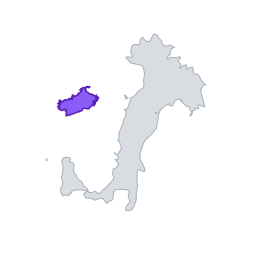 Sardegna, Nuoro, Italy shown in context, rotated 64°
{"feature_id": "23120603B31191283857260", "entity_name": "Sardegna", "entity_type": "district", "adm_level": 2, "iso_a3": "ITA", "parent_name": "Italy", "parent_adm1": "Nuoro", "projection": "mercator", "projection_center": [9.015, 40.086], "detail": "fine", "context": "in_parent", "style": "filled", "palette": "violet", "viewbox_px": 256, "rotation_deg": 64, "n_neighbors": 0, "source": "geoboundaries", "source_scale": "gbopen_adm2", "svg_char_len": 8618}
<svg xmlns="http://www.w3.org/2000/svg" viewBox="0 0 256 256"><g transform="rotate(64 128 128)"><path d="M57.9,60.6L59.3,61.4L64.5,59.6L67.6,60.6L70.2,58.9L71.9,56.3L71.5,54.3L75.7,51.0L76.1,54.7L78.4,57.2L80.7,57.8L80.2,59.3L82.4,62.3L83.3,62.0L83.6,61.5L83.0,58.9L86.1,54.0L86.3,50.5L86.8,50.1L88.4,50.4L89.7,53.6L94.9,52.6L96.6,55.0L97.5,54.6L96.1,50.4L96.7,48.2L98.1,47.8L99.1,48.9L101.1,49.1L101.2,47.9L100.7,47.0L101.4,43.3L104.4,43.7L106.1,45.0L108.2,44.9L110.0,42.0L111.4,41.3L118.1,41.1L123.1,39.3L123.5,39.7L122.6,41.1L122.9,42.0L125.9,46.3L142.5,49.7L142.2,50.7L138.7,53.4L138.4,54.4L138.9,55.3L141.6,56.0L139.8,58.5L139.8,59.4L141.2,59.6L141.0,62.6L142.7,63.6L144.7,66.2L142.7,66.7L143.5,66.0L141.6,63.4L139.5,64.5L136.2,63.4L134.0,65.8L126.4,68.9L127.7,67.5L127.2,67.4L124.4,69.3L123.8,72.9L125.9,76.6L127.6,77.9L126.8,80.0L125.8,80.9L124.5,80.3L124.1,82.2L124.8,87.4L126.0,91.1L129.7,95.1L132.4,96.4L140.8,102.6L143.8,109.4L146.4,117.8L148.6,121.0L153.1,125.5L157.2,128.8L161.1,130.8L171.1,130.7L173.7,131.4L174.0,132.8L173.5,133.8L170.5,136.1L170.3,137.9L171.8,139.2L178.6,142.7L185.6,145.5L190.3,149.2L196.4,152.3L201.1,157.1L202.8,159.6L203.1,161.5L201.9,164.8L201.3,166.2L197.9,164.3L195.2,158.6L189.3,157.6L187.5,156.6L186.5,154.9L184.7,154.7L183.4,155.6L180.1,160.9L178.3,165.5L178.2,167.4L179.2,169.2L182.0,170.2L185.7,173.4L185.8,177.4L186.5,179.7L185.5,180.9L183.6,180.6L181.2,181.4L179.4,182.9L178.7,184.3L178.5,189.2L175.2,191.8L172.3,196.7L168.1,196.8L167.1,195.3L167.1,193.0L167.8,191.6L169.3,190.9L170.4,188.0L170.1,185.9L170.7,185.0L174.1,183.5L174.3,180.6L173.0,179.2L171.9,173.9L167.7,163.4L166.3,162.3L162.7,162.1L158.3,159.3L158.0,158.1L158.8,157.0L158.3,155.4L156.9,152.8L156.0,152.1L150.6,153.3L152.1,151.1L150.2,149.7L146.8,149.7L146.9,148.7L144.5,144.4L142.9,142.6L136.7,141.7L134.7,142.5L131.7,139.7L128.9,138.7L121.9,130.7L118.5,128.3L116.4,124.8L112.0,122.4L110.1,123.0L109.6,122.5L110.6,121.9L110.4,120.5L107.5,117.0L105.8,115.9L104.6,113.6L102.1,113.0L102.2,109.0L101.3,106.0L99.7,103.6L98.7,97.6L98.0,96.0L96.2,94.7L92.2,93.2L86.6,89.4L80.0,87.6L77.3,88.9L70.4,97.2L63.9,99.1L63.7,97.4L66.2,93.6L65.7,92.1L61.7,92.6L56.4,89.1L55.7,86.0L57.1,83.0L58.0,82.3L57.5,80.4L54.3,78.7L53.0,76.1L52.9,75.2L53.7,74.7L55.6,74.8L58.6,73.0L59.5,70.4L55.0,63.9L55.2,62.6L57.9,60.6ZM127.1,96.8L127.3,95.2L126.0,96.2L126.3,96.9L127.1,96.8ZM167.0,191.5L161.9,199.3L160.2,204.5L160.4,206.5L161.9,207.9L161.1,208.4L162.7,210.9L162.7,211.6L160.4,214.3L160.4,216.7L156.1,216.4L152.6,215.0L150.9,212.2L149.6,211.0L148.1,210.1L145.1,210.2L143.7,209.6L135.8,204.1L132.7,202.7L129.1,202.3L127.6,201.1L126.5,198.7L127.9,195.0L130.2,192.9L132.4,195.2L134.2,194.5L134.3,193.7L135.6,192.7L137.3,192.7L143.6,196.1L146.9,195.2L149.9,195.5L152.7,195.1L156.3,193.1L160.4,193.4L165.3,191.1L167.0,191.5ZM91.0,148.5L93.2,154.9L91.1,158.8L91.9,162.9L90.1,176.9L89.1,177.4L83.7,175.7L83.3,178.9L82.5,180.2L81.5,181.0L78.5,180.8L75.6,176.3L75.4,171.8L76.0,170.4L76.0,167.8L77.1,167.6L77.2,165.9L76.6,164.9L75.5,164.6L75.5,162.6L76.3,161.1L76.3,158.4L74.8,154.9L72.7,152.4L73.1,148.0L74.9,149.1L77.5,149.1L80.7,147.4L85.9,142.2L86.5,143.2L88.7,144.0L90.8,146.3L90.0,147.7L91.0,148.5ZM100.6,114.9L101.1,116.0L100.9,117.4L99.9,116.6L97.3,116.9L97.0,116.2L100.2,115.6L100.6,114.9ZM76.4,178.5L75.6,180.1L74.8,178.0L74.9,177.7L76.4,178.5ZM74.7,144.9L73.5,146.7L72.9,146.6L74.4,144.5L74.7,144.9ZM121.6,215.6L120.2,215.2L120.1,214.5L121.3,214.6L121.6,215.6ZM145.8,150.9L144.6,151.4L144.6,150.6L145.8,150.9Z" fill="#d9dde1" stroke="#a8b0b8" stroke-width="1"/><path d="M74.9,179.1L75.5,180.4L75.9,180.1L76.0,179.2L76.3,178.8L76.2,178.8L76.2,178.7L76.9,178.6L77.5,178.9L77.6,179.2L77.5,179.6L77.6,180.0L77.7,180.4L78.0,180.2L78.2,180.6L78.0,181.4L78.5,181.4L78.4,181.8L78.7,181.8L78.5,181.4L78.8,181.3L78.7,181.1L79.4,180.9L79.5,180.6L80.2,181.0L80.4,181.5L80.5,181.3L80.8,181.6L81.1,181.6L82.9,180.0L82.9,179.9L83.2,179.9L83.3,179.6L83.3,179.3L83.5,178.7L83.2,178.2L83.1,177.6L83.4,176.9L83.5,177.0L83.4,176.9L83.7,176.5L83.9,176.4L84.0,176.4L84.1,176.5L83.9,176.4L84.1,176.2L84.2,176.5L84.2,176.1L84.6,176.4L84.4,176.4L84.6,176.4L85.0,176.7L85.1,176.3L85.6,175.9L86.7,176.1L88.5,177.6L89.3,177.5L89.3,177.9L89.6,178.1L89.6,177.7L89.8,177.5L90.0,177.5L90.1,177.2L90.3,176.8L90.1,176.5L90.2,175.6L90.6,174.9L91.0,174.7L90.6,174.4L90.5,174.0L91.1,172.1L91.1,171.6L91.0,171.4L91.3,170.3L91.2,169.0L91.3,168.7L91.3,168.2L91.5,168.0L91.4,166.9L91.8,165.6L91.6,165.4L91.6,164.8L92.0,164.4L91.7,164.1L91.7,163.5L92.3,161.9L91.2,160.9L90.9,160.1L90.9,159.1L91.0,158.6L91.6,157.6L92.7,156.7L92.8,156.2L93.0,155.9L93.5,154.5L93.0,154.2L93.0,153.7L92.5,153.2L92.4,152.6L92.5,152.0L92.0,151.4L91.9,150.9L92.1,150.7L91.5,150.2L91.5,149.8L91.7,149.7L91.7,149.3L91.9,149.4L92.2,149.2L91.9,149.2L91.6,148.9L91.4,149.0L91.2,148.9L91.3,148.6L91.1,148.7L90.8,148.4L91.1,147.9L90.8,147.9L90.4,148.3L90.1,147.9L89.3,148.0L89.4,147.8L89.5,147.9L89.4,147.8L89.3,147.7L90.2,147.8L90.2,147.5L90.5,147.1L90.3,146.8L90.7,146.5L91.2,146.8L91.4,146.6L90.5,146.2L90.4,146.4L90.3,146.5L90.0,146.5L90.1,145.9L89.6,146.1L89.6,146.4L89.4,146.4L89.6,146.0L89.6,145.7L89.8,145.5L89.7,145.4L89.7,145.2L89.8,145.1L90.0,145.3L90.2,144.9L90.1,144.6L89.8,144.6L89.9,144.3L89.6,144.3L89.8,144.3L89.6,143.9L89.4,144.0L89.5,144.1L88.9,144.2L88.9,144.5L88.6,144.9L88.6,144.3L88.4,144.2L88.4,143.9L88.1,143.9L88.3,143.6L87.7,143.5L87.6,143.1L87.2,143.1L87.1,143.3L87.3,143.3L87.2,143.5L87.0,143.2L87.0,143.3L86.6,143.3L86.8,143.2L86.6,142.9L86.5,143.3L86.3,143.2L86.5,142.7L86.0,142.4L85.9,142.2L85.6,142.4L85.4,142.6L85.4,142.4L85.0,142.6L84.8,142.4L84.8,142.7L85.1,142.7L84.9,143.2L85.1,143.6L84.9,144.0L84.5,144.0L84.4,144.3L84.1,144.4L83.6,144.2L83.1,144.5L82.1,145.9L81.4,146.1L81.5,146.3L81.3,146.3L81.4,146.6L80.3,147.9L79.2,148.0L78.3,148.5L77.9,149.1L77.0,149.5L76.1,149.6L75.6,149.2L75.3,149.3L75.4,149.1L75.3,149.3L75.1,149.3L75.1,149.1L75.0,149.3L74.8,149.3L74.8,149.1L74.7,149.3L74.8,149.1L75.2,149.1L74.7,149.1L74.7,149.3L74.3,149.2L73.3,148.1L73.1,147.6L73.3,147.6L73.3,147.4L72.9,147.0L72.5,147.6L73.1,148.5L72.7,149.7L72.3,150.0L72.4,150.5L72.3,150.8L72.0,151.0L72.4,151.3L72.5,151.7L72.9,151.8L72.6,152.6L72.1,152.9L72.2,153.6L72.4,153.9L72.4,153.4L72.8,153.0L73.1,153.2L72.9,153.4L72.9,153.8L73.4,153.8L73.5,153.5L74.0,153.4L74.3,153.7L74.2,153.8L74.3,153.9L74.2,153.8L74.6,154.9L75.0,155.1L75.4,156.4L75.1,157.2L75.1,157.6L75.8,157.7L75.8,157.9L76.2,158.0L76.3,158.5L76.1,159.4L76.2,159.9L76.1,160.3L76.5,161.8L76.0,162.4L75.5,162.5L75.4,162.4L75.1,162.6L75.4,162.7L75.5,162.9L75.3,163.6L75.4,164.1L75.3,164.7L75.8,165.1L75.8,165.6L76.2,164.8L76.5,164.7L76.5,164.9L76.7,164.7L77.0,164.9L77.2,165.1L77.2,165.4L77.3,165.4L77.3,165.5L77.5,165.4L77.5,165.5L77.3,165.5L77.2,166.6L77.1,167.0L76.8,167.3L76.7,168.0L76.5,167.9L76.1,167.0L75.9,167.2L75.9,168.0L76.1,168.0L75.9,168.4L76.1,168.7L76.0,169.2L76.3,169.8L76.0,170.7L75.1,172.2L75.5,172.4L75.5,172.7L75.0,173.5L75.2,173.9L75.3,174.1L75.6,174.2L75.8,174.9L75.7,175.3L74.9,175.9L75.0,176.1L75.4,176.5L75.5,177.2L75.5,176.8L75.8,177.1L75.8,177.8L76.2,177.7L76.4,178.3L76.5,178.2L76.2,178.7L76.1,178.3L75.7,177.9L75.2,178.0L75.0,177.8L74.7,178.3L74.9,179.1ZM74.3,144.5L74.2,144.7L73.8,144.8L73.9,145.3L73.7,145.3L73.5,145.7L73.1,145.9L73.1,146.1L73.0,146.4L73.0,146.8L73.5,146.8L73.7,146.5L73.5,146.3L73.5,146.1L73.4,146.2L73.9,145.5L74.5,145.7L74.6,145.4L74.5,145.2L74.4,144.9L74.5,144.7L74.3,144.5ZM74.2,176.6L73.7,176.7L73.1,177.0L73.1,177.3L73.5,177.5L73.4,177.6L73.6,177.7L73.4,177.9L73.8,178.1L74.2,178.0L74.3,177.3L74.2,177.3L74.3,177.3L74.2,177.0L74.2,176.6ZM88.3,142.1L88.2,142.4L88.1,142.2L88.1,142.4L87.7,142.6L87.8,143.0L88.5,143.0L88.5,142.7L88.5,142.8L88.4,142.8L88.5,142.5L88.3,142.2L88.5,142.2L88.3,142.1ZM88.9,142.4L88.8,142.5L88.8,142.8L88.6,142.8L88.6,143.1L88.6,143.4L88.5,143.5L88.7,143.3L88.9,143.7L89.1,143.5L88.8,143.4L89.2,142.9L88.9,142.4ZM92.4,148.1L92.3,147.8L92.2,147.9L91.5,148.4L92.4,148.1ZM87.3,142.3L87.2,142.6L87.4,142.7L87.5,142.5L87.3,142.3ZM92.4,148.7L92.0,148.6L92.0,148.8L92.3,148.9L92.4,148.7ZM88.3,143.1L88.0,143.2L88.0,143.4L88.3,143.4L88.3,143.1ZM87.8,141.4L87.5,141.6L87.8,141.6L87.8,141.4ZM87.5,141.8L87.2,141.8L87.5,141.9L87.5,141.8ZM87.3,141.4L87.2,141.5L87.4,141.5L87.2,141.6L87.5,141.6L87.3,141.4ZM73.0,146.9L73.0,147.1L73.0,146.9ZM74.3,163.4L74.1,163.3L74.1,163.5L74.3,163.4ZM90.7,145.2L90.6,145.3L90.7,145.2ZM90.3,145.5L90.2,145.5L90.3,145.5ZM89.7,178.2L89.7,178.3L89.7,178.2ZM87.8,141.4L87.7,141.3L87.8,141.4ZM90.7,177.4L90.6,177.5L90.7,177.4ZM91.2,148.4L91.2,148.5L91.3,148.4L91.2,148.4Z" fill="#8b5cf6" stroke="#5b21b6" stroke-width="1.5"/></g></svg>